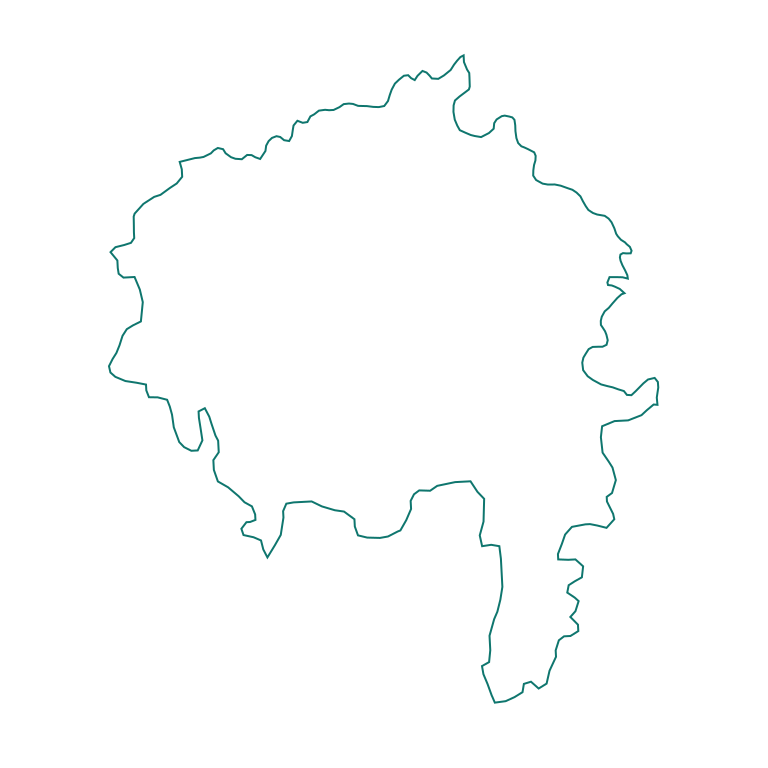 Asipovichy, Mogilev, Belarus (Mercator projection), rotated 267°
{"feature_id": "67162791B915008440335", "entity_name": "Asipovichy", "entity_type": "district", "adm_level": 2, "iso_a3": "BLR", "parent_name": "Belarus", "parent_adm1": "Mogilev", "projection": "mercator", "projection_center": [28.671, 53.35], "detail": "fine", "context": "isolated", "style": "outline", "palette": "teal", "viewbox_px": 768, "rotation_deg": 267, "n_neighbors": 0, "source": "geoboundaries", "source_scale": "gbopen_adm2", "svg_char_len": 4556}
<svg xmlns="http://www.w3.org/2000/svg" viewBox="0 0 768 768"><g transform="rotate(267 384 384)"><path d="M462.1,628.9L466.6,624.4L469.2,619.5L470.5,616.6L471.1,612.9L473.7,612.4L478.9,614.8L478.6,621.3L478.1,627.8L476.5,633.0L479.9,632.7L484.9,630.7L490.1,628.3L494.7,626.7L498.1,626.2L500.9,626.9L502.2,629.5L501.7,633.0L501.6,637.2L504.1,638.2L508.1,636.7L510.9,633.7L512.9,632.0L515.6,628.2L519.3,625.2L521.9,623.7L527.4,622.2L533.6,619.7L537.4,617.0L540.4,613.2L542.1,605.7L543.9,601.5L547.1,597.2L551.0,594.8L556.1,592.2L561.1,590.0L565.1,586.3L568.1,582.3L569.8,578.0L572.8,570.8L574.3,565.0L574.6,558.1L575.8,552.9L579.7,546.6L584.3,543.9L589.5,544.3L594.8,545.3L599.3,546.9L603.9,547.4L607.5,546.1L611.0,540.1L612.9,536.5L614.2,533.6L617.6,530.6L622.6,529.1L629.6,528.5L635.5,528.6L641.0,528.1L643.5,526.1L644.5,523.2L645.7,518.6L645.3,515.6L642.3,510.3L638.7,507.7L633.2,506.9L629.1,501.9L627.8,499.0L625.5,493.9L626.9,487.6L628.1,483.7L630.8,478.2L633.5,473.0L638.2,470.7L644.3,468.5L652.1,467.6L658.6,468.1L663.4,469.7L667.1,474.4L671.4,480.8L673.7,484.2L676.5,485.2L685.6,485.4L690.1,485.4L693.7,483.4L701.3,480.7L708.0,480.7L706.5,477.4L703.1,474.0L699.3,470.7L694.1,467.0L689.0,460.0L685.9,454.2L686.6,447.8L689.6,445.6L692.8,442.8L694.6,438.8L690.0,433.6L685.9,430.6L688.0,427.1L691.1,424.3L690.8,420.0L687.1,414.9L683.4,410.6L677.6,407.1L672.3,404.9L666.4,402.8L661.6,398.8L660.8,393.3L661.3,387.7L662.4,381.6L663.1,372.7L665.3,367.7L665.9,363.7L665.6,358.4L662.8,354.0L660.3,348.0L660.3,343.5L660.9,339.5L660.4,333.3L656.9,328.3L655.1,324.5L649.6,321.2L649.1,316.5L651.4,311.3L646.9,307.2L642.9,306.3L636.4,305.0L631.6,302.0L632.7,297.0L636.1,293.3L637.1,289.6L635.6,285.0L632.6,281.5L628.2,278.8L622.9,277.8L615.2,272.1L617.2,267.3L619.5,263.8L619.9,259.3L615.9,253.8L616.7,247.4L618.5,243.1L622.7,237.9L626.9,235.6L628.4,230.4L626.2,226.2L623.4,223.2L620.2,215.7L619.7,212.0L619.5,207.0L616.5,191.6L609.0,193.3L601.5,193.3L595.1,187.5L591.0,180.5L584.6,170.7L582.9,164.3L576.5,153.2L567.2,143.9L564.3,142.8L555.6,142.5L548.6,142.2L542.8,142.2L538.2,138.7L536.4,131.8L534.7,123.0L530.0,117.8L521.3,124.2L513.8,124.2L508.0,124.8L503.9,129.4L503.9,140.5L491.1,145.1L478.4,147.4L459.2,144.5L455.7,136.4L452.2,130.0L445.8,125.4L436.5,121.9L429.0,118.4L423.2,114.3L416.2,110.3L409.8,111.4L405.2,116.1L400.5,125.9L398.2,137.0L395.9,146.3L390.1,146.3L383.1,148.6L382.5,157.3L379.6,166.6L372.7,168.9L364.5,170.7L353.2,171.7L351.8,171.8L336.7,176.5L331.4,181.1L327.4,188.1L327.4,194.5L337.2,199.7L349.4,198.5L359.9,197.4L366.3,197.4L369.2,203.8L360.5,207.8L353.5,209.6L341.3,213.0L336.1,215.4L330.3,215.4L324.5,215.4L316.9,209.6L307.1,209.6L295.4,213.0L289.0,222.9L279.5,233.0L273.2,238.5L268.7,245.7L260.5,248.5L255.0,248.5L253.2,243.0L253.2,239.4L246.9,234.0L240.5,235.8L237.8,245.7L234.2,253.0L225.1,254.8L216.9,258.5L228.7,266.6L238.7,273.0L255.9,276.6L262.3,276.6L269.6,280.2L270.5,287.5L270.5,298.4L270.5,305.6L265.0,315.6L260.5,328.3L258.7,337.4L250.5,347.4L243.2,347.4L234.2,350.1L231.5,359.2L230.5,371.9L231.5,380.0L236.0,390.0L236.9,392.7L246.9,399.1L257.8,404.5L265.9,404.5L272.3,408.2L275.9,413.6L275.0,424.5L279.5,431.8L282.3,449.9L282.3,465.3L271.4,471.7L264.1,478.0L241.4,476.2L227.8,471.7L216.9,473.5L217.8,482.6L216.0,490.7L203.3,491.6L188.8,491.6L175.2,491.6L162.5,488.9L150.7,485.3L143.4,481.7L127.1,476.2L112.6,476.2L100.8,474.4L97.2,467.1L89.0,468.1L79.0,471.7L67.2,475.3L66.0,475.8L60.0,478.0L60.9,488.9L64.5,498.0L69.0,506.2L77.2,508.0L79.0,515.2L71.8,522.5L76.3,530.7L89.0,534.3L102.6,541.5L109.0,541.5L118.9,545.2L122.6,550.6L122.6,557.0L127.1,565.1L133.5,565.1L141.6,557.9L147.1,563.3L157.0,567.0L160.7,563.3L166.1,556.1L173.4,557.9L177.0,564.2L180.6,571.5L191.5,573.3L198.8,566.0L198.8,558.8L199.7,548.8L205.1,548.8L215.1,553.3L224.2,557.0L231.5,564.2L233.3,577.8L233.3,582.4L231.5,589.6L228.7,598.7L236.9,606.9L242.3,606.0L255.0,600.5L259.6,600.5L263.2,606.0L275.9,610.5L288.6,607.8L295.0,604.2L304.0,598.7L319.5,597.8L330.4,599.6L334.9,612.3L334.9,625.9L339.4,639.5L344.0,645.0L349.4,652.2L348.9,656.0L356.2,655.7L366.1,657.7L371.7,657.6L375.9,654.6L374.7,647.9L371.1,643.1L363.7,635.0L359.9,630.5L360.4,626.0L364.4,623.2L366.4,617.7L368.7,612.2L370.2,607.0L372.2,600.8L377.1,592.8L381.1,587.8L387.4,583.6L394.9,583.1L399.9,584.5L403.6,587.0L408.1,590.2L410.1,594.3L410.0,599.7L409.8,604.2L411.5,608.3L416.0,609.7L421.5,608.7L425.1,607.5L428.6,605.5L431.6,603.7L435.7,603.8L439.8,605.0L445.0,608.2L448.3,612.5L452.5,616.4L457.7,621.5L461.2,625.9L462.1,628.9Z" fill="none" stroke="#0f766e" stroke-width="2"/></g></svg>